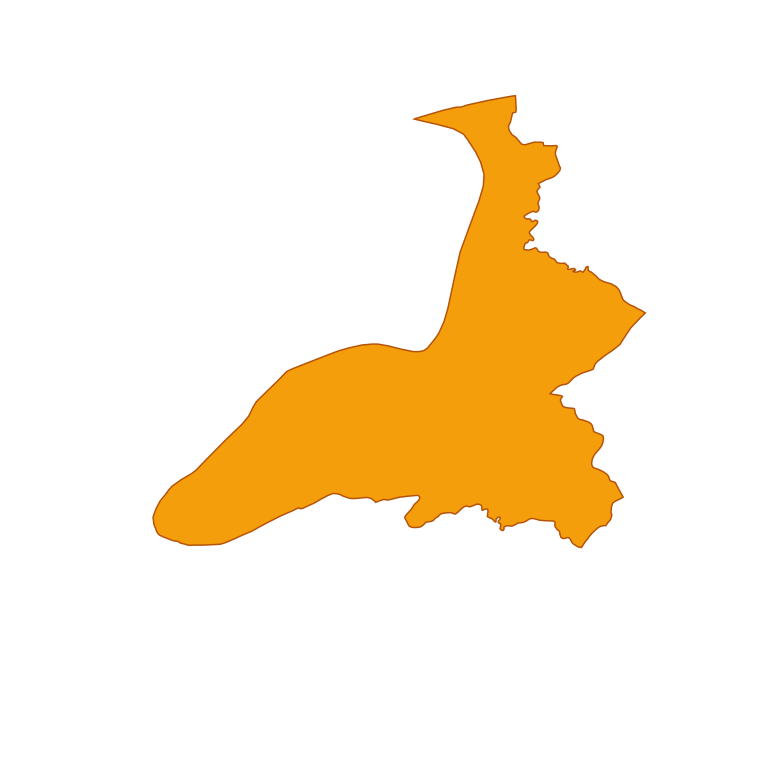 Tam Nong, Phú Thọ, Vietnam, rotated 246°
{"feature_id": "81297802B6788314119837", "entity_name": "Tam Nong", "entity_type": "district", "adm_level": 2, "iso_a3": "VNM", "parent_name": "Vietnam", "parent_adm1": "Phú Thọ", "projection": "equal_earth", "projection_center": [105.235, 21.306], "detail": "fine", "context": "isolated", "style": "filled", "palette": "amber", "viewbox_px": 768, "rotation_deg": 246, "n_neighbors": 0, "source": "geoboundaries", "source_scale": "gbopen_adm2", "svg_char_len": 6171}
<svg xmlns="http://www.w3.org/2000/svg" viewBox="0 0 768 768"><g transform="rotate(246 384 384)"><path d="M613.7,519.5L608.7,525.9L600.1,537.4L589.1,551.1L579.9,558.3L573.1,559.8L558.8,562.1L547.5,562.5L534.9,560.7L530.0,558.2L524.4,555.2L512.6,545.2L501.2,534.0L473.5,507.2L459.3,496.6L426.7,472.8L416.7,464.3L408.0,454.6L404.4,448.7L399.2,438.5L398.4,434.4L398.7,431.5L399.8,427.9L401.8,423.7L409.7,412.7L417.1,403.4L423.1,394.4L425.3,389.4L428.6,379.7L431.3,366.4L432.7,356.3L433.3,347.3L434.2,328.4L435.1,307.4L435.1,301.4L434.8,299.8L429.7,287.0L424.7,273.3L419.7,260.1L416.0,254.8L412.9,251.2L409.5,247.1L404.9,237.6L397.1,216.0L387.8,192.3L384.8,184.8L381.6,177.0L380.4,171.6L379.1,159.9L376.8,148.8L374.9,144.5L371.9,139.3L368.3,132.1L363.0,125.3L359.4,121.7L356.2,118.8L349.6,116.8L344.7,116.5L341.0,116.4L338.7,116.8L336.9,117.7L333.5,120.8L326.6,127.6L324.0,131.7L321.5,133.3L318.8,136.8L316.1,139.9L314.1,144.9L310.4,153.2L306.8,162.4L304.3,169.0L303.7,172.9L303.4,180.8L303.5,189.9L303.4,199.7L303.2,202.5L304.1,211.9L304.7,219.8L305.5,235.6L305.5,240.8L305.4,248.6L305.6,256.0L304.5,256.4L304.0,257.2L303.5,258.6L303.6,271.7L304.4,278.9L305.0,287.2L304.8,291.8L304.4,293.6L303.2,295.9L301.3,298.5L298.3,301.0L295.8,303.6L294.4,305.2L293.1,306.9L291.3,310.5L288.4,319.2L287.4,322.1L286.1,324.0L284.6,325.7L280.2,328.2L279.3,328.2L279.1,332.1L278.6,337.1L276.7,339.7L275.9,342.7L274.4,351.6L271.9,359.8L269.7,366.2L268.6,369.4L267.8,370.2L266.3,370.7L264.9,370.0L263.4,367.9L261.6,362.6L258.6,358.2L255.4,351.1L254.2,349.1L253.3,348.6L250.1,348.8L245.6,349.0L243.9,349.2L242.6,350.3L241.5,351.5L240.3,353.8L239.1,357.0L238.7,358.7L238.7,360.2L239.2,362.5L240.7,366.2L239.6,370.1L239.2,372.1L239.4,373.8L240.6,376.6L240.7,377.5L240.8,379.2L241.4,380.5L242.2,383.0L241.6,386.5L239.7,391.9L238.8,393.4L236.8,395.3L236.2,396.3L236.7,398.9L238.9,405.1L239.3,409.3L238.5,410.4L237.5,411.5L236.8,412.8L236.6,415.6L236.6,419.5L235.4,422.1L233.7,423.3L232.8,423.5L231.6,423.2L229.3,422.3L228.7,422.3L228.5,423.2L228.6,425.2L228.3,426.6L227.5,427.7L225.7,427.4L222.9,425.7L221.2,424.6L220.5,424.6L218.6,426.3L217.2,427.7L215.7,428.4L213.2,429.1L212.6,429.7L212.7,430.3L214.9,431.4L215.8,433.3L215.9,434.4L215.4,435.4L214.3,435.9L213.0,434.1L211.9,432.5L211.2,432.1L210.2,432.4L209.5,433.4L207.5,433.2L206.5,432.6L204.8,431.2L204.6,431.1L203.7,431.3L203.1,431.7L202.2,432.3L201.7,433.0L202.5,434.6L203.9,435.0L204.7,436.1L204.5,438.7L202.5,442.4L202.1,443.5L202.1,445.7L202.2,448.3L202.2,448.5L202.6,449.3L201.3,453.4L200.9,455.5L201.0,458.4L201.5,462.2L201.3,463.4L200.5,465.4L199.4,467.0L196.3,470.7L194.0,474.8L191.7,479.4L190.6,481.7L190.0,482.8L189.5,483.5L188.2,483.9L187.2,483.7L185.4,482.5L183.8,482.4L180.8,482.9L178.6,484.1L177.3,484.3L175.6,483.7L174.5,483.5L171.9,483.3L170.5,484.3L169.7,485.2L169.3,487.3L169.1,488.7L168.9,489.8L167.6,490.8L166.3,491.0L163.1,491.2L160.4,492.2L156.2,495.1L154.3,497.9L157.9,503.4L159.9,507.5L161.4,509.8L163.6,514.7L165.4,520.2L165.9,522.8L165.8,524.7L165.3,526.9L164.4,529.0L166.2,532.1L168.2,536.0L170.4,537.9L171.7,538.9L174.0,539.0L178.7,541.4L181.1,543.5L182.3,544.8L182.8,547.3L183.1,553.8L183.4,556.5L192.0,555.7L200.0,555.2L201.8,553.3L202.6,552.4L203.3,551.4L205.4,551.2L207.9,551.6L210.7,551.0L212.3,550.0L213.9,549.2L216.8,546.9L219.6,544.4L221.9,541.7L223.3,541.0L225.4,540.9L227.8,541.8L231.1,544.1L234.1,547.9L237.2,554.6L239.3,558.0L242.0,560.5L245.6,562.6L247.4,562.9L249.0,562.2L253.5,557.8L254.9,556.6L255.7,556.3L260.4,557.2L263.0,557.2L265.9,555.6L270.5,550.7L271.9,548.5L273.5,547.3L275.3,547.0L279.2,546.8L283.3,547.8L284.4,547.6L287.4,542.2L289.4,539.6L290.4,538.7L291.7,538.2L295.4,538.3L297.6,538.6L298.9,540.1L299.8,541.9L300.3,541.8L301.3,541.0L303.3,538.2L305.5,534.5L307.6,531.7L309.3,536.6L310.6,540.5L310.9,542.7L310.9,544.0L310.8,546.5L310.0,549.2L309.7,551.1L310.1,553.5L311.1,556.0L312.6,559.8L313.0,561.9L313.2,564.9L313.4,569.9L312.6,577.3L312.4,580.7L312.8,581.6L313.9,582.5L316.3,585.0L317.8,588.0L320.2,597.7L322.0,607.6L324.2,615.7L326.0,618.3L335.0,632.4L340.4,645.5L342.6,651.6L347.2,648.5L348.8,647.0L353.3,643.7L356.6,640.6L359.8,638.6L362.9,636.9L364.9,636.7L367.9,636.8L370.5,637.0L374.3,637.0L378.3,635.8L381.2,633.7L382.9,632.5L383.8,631.5L385.7,629.1L388.2,626.3L392.0,623.2L397.1,621.3L401.8,618.9L403.8,617.2L405.4,616.9L407.0,617.8L408.3,618.1L408.6,617.5L408.4,615.8L407.0,614.5L405.3,611.7L405.4,611.1L406.3,610.2L407.6,609.2L407.7,608.0L407.7,606.1L408.3,604.3L409.0,603.6L409.8,602.5L410.3,603.1L410.0,604.7L410.4,605.5L412.0,604.9L412.6,603.7L413.3,600.4L413.8,598.8L414.8,598.7L416.1,600.2L416.6,600.2L418.8,599.1L420.8,598.4L421.2,597.7L421.6,596.2L422.4,594.4L423.4,592.8L424.6,591.4L426.6,591.0L428.8,590.4L431.2,587.9L432.9,586.9L434.9,586.7L437.2,586.9L438.2,586.0L438.7,585.2L439.3,584.2L440.0,581.8L441.1,580.2L442.4,579.0L445.6,578.6L446.6,578.1L446.9,577.4L447.0,573.9L447.5,570.4L450.1,566.6L451.5,567.0L453.9,569.1L454.8,570.0L455.0,571.2L454.9,572.8L456.4,575.1L456.4,576.1L455.0,577.4L454.4,578.5L454.9,579.5L456.2,579.8L457.3,579.7L460.4,578.5L462.5,578.2L463.6,578.6L464.3,579.5L465.1,581.7L466.3,585.2L468.2,589.2L469.8,590.5L470.9,590.2L471.6,589.5L472.1,588.9L472.0,586.4L472.3,585.0L472.8,584.9L474.8,584.9L475.5,584.1L476.0,583.3L476.2,582.5L476.6,581.8L477.6,580.7L478.2,580.4L480.0,580.1L480.6,581.0L480.9,582.7L481.3,587.1L481.3,589.0L480.9,590.8L479.3,592.4L479.0,593.5L479.5,595.6L482.1,597.5L484.0,597.9L485.7,597.9L487.0,598.4L490.0,601.7L491.3,602.1L497.5,601.9L498.7,603.0L499.0,603.5L499.6,604.6L500.3,606.6L502.3,606.6L504.3,606.4L504.8,615.5L504.3,619.8L504.3,621.4L504.4,623.2L504.9,625.7L506.3,629.1L507.4,631.3L509.0,632.7L509.8,633.1L511.7,632.9L517.4,633.4L523.8,633.9L525.9,634.8L527.8,636.3L530.2,638.8L531.5,638.7L532.0,637.9L533.1,634.6L536.8,626.8L539.7,627.6L540.7,626.2L541.3,625.1L543.9,619.4L545.2,609.9L546.3,608.4L547.1,607.3L555.5,604.8L559.9,602.3L564.8,601.5L568.8,602.5L572.2,606.3L579.3,611.7L578.8,615.0L580.8,616.3L589.5,619.7L593.9,621.3L594.9,618.2L597.6,607.4L601.0,593.2L604.9,574.2L605.6,567.2L607.5,562.5L610.0,549.4L613.7,521.2L613.7,519.5Z" fill="#f59e0b" stroke="#b45309" stroke-width="1.5"/></g></svg>